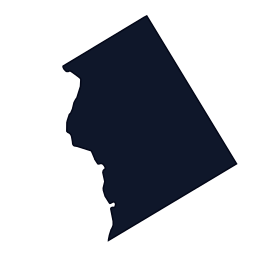 outline of Wichita, Texas, United States of America, rotated 239°
{"feature_id": "52423323B53531362245787", "entity_name": "Wichita", "entity_type": "district", "adm_level": 2, "iso_a3": "USA", "parent_name": "United States of America", "parent_adm1": "Texas", "projection": "mercator", "projection_center": [-98.689, 34.023], "detail": "fine", "context": "isolated", "style": "filled", "palette": "ink", "viewbox_px": 256, "rotation_deg": 239, "n_neighbors": 0, "source": "geoboundaries", "source_scale": "gbopen_adm2", "svg_char_len": 1075}
<svg xmlns="http://www.w3.org/2000/svg" viewBox="0 0 256 256"><g transform="rotate(239 128 128)"><path d="M214.4,201.8L214.6,198.7L214.5,104.3L213.9,103.8L212.8,103.6L211.6,103.5L209.0,104.0L208.1,104.5L207.8,104.9L207.2,106.0L207.1,107.0L207.0,107.5L206.1,108.3L197.6,111.9L195.3,112.7L193.9,112.6L188.1,108.7L180.2,99.8L179.4,97.9L177.6,94.9L172.8,90.2L170.3,86.7L169.8,84.7L165.8,80.1L164.2,78.5L156.8,73.9L155.5,74.1L153.9,75.1L153.5,75.3L152.9,75.5L151.3,75.6L149.7,75.3L145.1,73.5L142.7,72.4L141.1,72.4L140.3,72.9L138.6,74.9L127.4,84.8L125.2,84.6L118.9,83.7L118.4,83.5L112.9,83.7L112.5,84.0L112.1,84.7L112.0,85.6L111.2,87.0L110.4,87.8L108.0,88.3L105.5,88.1L104.6,87.2L104.7,86.4L104.3,85.1L103.9,84.5L102.7,83.5L94.1,80.6L89.2,75.8L87.2,74.8L81.3,73.3L73.3,73.5L72.7,73.7L72.5,74.3L72.4,77.0L71.8,78.1L71.0,78.5L69.2,78.3L67.5,76.7L67.0,75.9L67.0,75.3L67.9,74.0L68.2,73.0L68.1,72.2L67.6,71.6L55.7,67.3L52.8,65.6L52.0,64.9L51.2,63.9L49.8,61.9L49.6,61.3L45.7,56.9L42.3,53.8L41.7,53.4L41.4,202.6L214.4,201.8Z" fill="#0f172a" stroke="#020617" stroke-width="1.5"/></g></svg>